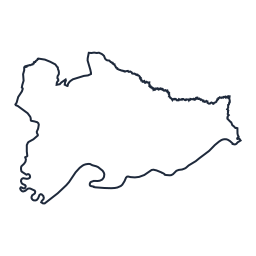 outline of Mueang Ubon Ratchathani, Ubon Ratchathani, Thailand
{"feature_id": "78962969B98641080977503", "entity_name": "Mueang Ubon Ratchathani", "entity_type": "district", "adm_level": 2, "iso_a3": "THA", "parent_name": "Thailand", "parent_adm1": "Ubon Ratchathani", "projection": "albers", "projection_center": [104.866, 15.298], "detail": "fine", "context": "isolated", "style": "outline", "palette": "slate", "viewbox_px": 256, "rotation_deg": 0, "n_neighbors": 0, "source": "geoboundaries", "source_scale": "gbopen_adm2", "svg_char_len": 5671}
<svg xmlns="http://www.w3.org/2000/svg" viewBox="0 0 256 256"><path d="M182.3,99.0L181.9,99.7L181.4,99.3L180.1,99.8L178.9,99.1L178.4,99.8L178.4,100.3L176.9,100.3L176.2,99.3L175.7,99.4L175.3,98.9L174.4,98.9L174.3,99.4L172.7,99.5L172.4,100.0L172.2,99.6L172.4,99.1L171.7,99.1L171.4,98.5L171.0,98.3L170.7,97.9L170.3,97.9L169.6,96.5L169.1,96.4L169.3,96.0L169.2,94.4L168.9,94.4L168.7,94.0L168.5,93.0L168.7,92.8L169.0,93.0L169.1,92.8L168.4,92.1L167.5,92.2L167.2,91.6L167.5,90.8L167.4,90.5L166.5,90.9L165.6,90.1L165.1,90.2L165.1,90.7L164.0,90.7L162.8,89.9L162.8,89.1L162.0,88.7L161.4,89.2L160.6,88.4L159.9,88.8L159.9,89.2L159.4,89.3L159.0,88.8L158.7,89.0L158.4,88.9L158.2,89.3L158.0,89.1L158.1,88.7L157.8,88.4L157.4,88.9L156.1,88.4L155.7,89.3L154.8,89.9L154.2,89.8L154.1,89.2L153.5,89.7L153.4,89.0L153.0,88.8L153.4,88.4L153.1,88.1L152.4,87.6L151.9,87.7L151.7,87.4L151.3,87.6L150.7,87.3L150.7,86.9L150.3,87.1L149.9,86.6L150.5,86.5L149.9,85.7L149.4,85.7L149.7,84.8L149.2,84.1L149.3,82.4L147.7,82.6L146.7,81.8L145.6,82.8L145.1,82.8L145.0,82.0L144.4,81.1L143.9,81.6L143.4,81.2L143.0,81.3L142.9,81.8L142.6,81.8L142.5,81.3L141.8,80.6L141.2,80.5L141.3,79.4L140.4,78.9L140.7,78.0L139.9,77.8L140.0,77.0L139.6,76.7L139.3,76.0L137.9,75.1L137.6,75.2L137.4,74.6L136.7,74.6L136.5,74.9L135.9,74.7L135.6,74.1L135.1,74.1L134.6,73.6L133.0,73.7L132.1,73.4L131.8,72.5L130.3,71.5L129.6,71.6L129.4,71.8L128.5,71.8L127.9,70.9L125.4,71.3L125.0,71.6L124.5,71.2L124.2,71.3L123.7,70.9L123.2,71.1L122.4,70.6L121.3,70.6L120.7,70.1L119.2,69.8L118.7,69.4L117.4,69.0L117.3,68.2L115.9,67.5L115.7,66.7L114.6,65.1L114.5,64.3L113.6,64.2L112.8,63.0L112.4,63.3L111.5,62.2L110.7,62.1L109.4,60.6L107.1,60.3L106.2,59.8L105.1,58.7L104.0,55.9L103.3,55.2L101.8,54.0L98.9,52.7L96.8,53.0L94.1,52.6L91.4,53.0L88.8,52.8L87.7,58.2L87.6,60.5L90.3,69.7L91.0,72.9L91.0,74.0L88.0,75.4L83.9,75.9L72.9,79.3L70.4,81.0L69.3,82.1L68.1,83.8L67.6,85.9L67.3,86.0L64.7,84.7L65.1,82.3L65.9,80.5L65.6,79.5L61.3,82.5L59.8,84.2L56.6,84.8L56.8,82.9L57.4,81.5L58.3,80.7L58.2,79.2L57.5,78.4L57.4,77.9L57.6,76.2L58.8,74.2L58.9,72.4L58.7,70.9L57.9,68.9L57.8,67.4L57.3,67.1L55.3,64.4L50.3,61.8L44.9,59.6L38.5,58.6L38.3,59.0L37.7,58.9L37.2,60.0L35.9,60.9L35.3,62.0L34.3,61.9L33.9,62.2L33.9,63.3L33.7,63.6L33.2,63.6L32.6,64.5L31.9,64.4L30.5,65.2L29.3,65.1L28.6,65.6L28.0,65.5L27.4,65.9L27.0,65.8L26.4,66.0L26.5,66.8L25.2,67.1L24.9,66.6L24.2,67.3L24.2,70.3L23.1,74.2L23.6,80.7L22.3,84.9L21.8,87.5L22.7,88.4L22.7,89.0L21.9,91.4L18.2,97.0L16.6,102.7L15.4,104.4L15.8,105.2L17.8,106.0L27.6,113.2L30.2,116.7L30.7,118.2L30.8,120.2L31.2,120.8L34.4,121.4L37.2,122.2L38.3,123.2L38.8,124.7L38.1,128.7L36.8,131.6L36.9,132.9L37.8,134.7L37.8,135.5L33.4,139.3L28.5,142.0L27.9,142.7L26.8,145.1L26.8,151.4L27.3,155.9L26.9,156.4L25.2,157.3L25.9,159.4L25.5,161.6L24.2,163.6L21.4,166.3L21.1,167.2L21.0,169.1L21.4,171.2L21.8,171.7L26.4,174.7L28.0,174.1L28.8,174.3L29.8,175.3L30.1,177.0L29.5,178.0L28.0,178.7L26.6,178.8L23.3,178.2L22.4,178.5L21.5,179.3L21.1,180.2L21.0,181.4L21.7,183.1L22.3,183.8L25.2,185.2L25.6,185.8L25.7,186.4L25.1,187.9L24.2,188.4L23.2,188.3L21.4,187.3L20.8,187.3L20.2,188.4L20.6,189.7L21.8,191.0L22.7,191.4L23.6,191.4L25.4,190.7L27.6,188.8L29.1,188.4L30.4,188.6L34.7,190.6L35.2,191.6L35.0,193.1L34.4,193.8L32.2,195.3L31.5,197.1L31.6,198.2L32.0,199.0L32.8,199.9L33.9,200.4L35.7,200.4L36.7,200.0L38.1,198.4L39.5,194.9L40.6,194.2L41.7,194.4L43.3,196.0L43.8,197.8L43.5,199.1L41.7,201.1L41.2,202.3L43.0,203.4L44.7,203.4L57.7,193.3L66.3,185.2L69.0,182.1L75.6,172.3L79.7,167.8L82.6,165.6L83.9,164.9L85.7,164.3L88.3,163.9L90.0,164.0L92.3,165.2L96.3,166.3L98.1,167.1L102.6,170.7L103.8,172.6L104.3,174.2L104.0,176.9L103.1,178.5L102.0,179.7L99.8,180.7L97.7,181.0L93.8,180.9L91.0,181.9L90.3,182.5L89.8,183.8L89.8,185.0L90.2,185.7L91.0,186.1L93.7,186.6L93.8,187.0L95.1,187.3L104.4,188.0L111.2,188.2L114.8,188.0L117.4,187.5L120.8,186.0L122.3,184.7L124.5,181.2L126.0,177.7L127.0,176.7L128.0,176.5L130.6,177.1L134.9,177.4L139.1,176.9L144.3,175.0L151.6,170.0L153.4,169.7L156.5,170.4L161.4,172.4L161.9,172.8L162.3,172.8L164.4,174.0L164.7,174.7L165.9,175.0L169.8,175.3L171.3,175.1L173.0,174.2L176.4,170.8L178.8,169.9L182.1,169.5L184.8,168.5L186.1,167.7L188.7,165.4L195.7,161.2L199.4,158.2L209.1,150.9L214.9,145.0L219.0,141.6L221.5,140.0L223.2,139.4L224.8,139.2L226.5,139.3L227.9,139.8L230.0,141.1L231.9,142.8L232.8,143.6L232.7,144.0L234.4,144.4L235.4,144.3L236.4,143.8L237.6,142.4L240.6,140.5L239.3,138.6L237.5,139.0L237.2,138.8L237.2,138.3L238.6,136.6L237.9,135.3L237.5,133.6L237.4,128.2L236.6,127.9L235.4,128.0L233.6,126.1L232.4,125.3L231.2,122.3L230.5,121.9L227.4,118.7L227.7,117.9L227.4,117.4L227.8,116.2L228.8,115.1L227.7,114.0L228.1,112.1L227.9,111.3L228.3,110.6L227.8,109.6L227.2,109.3L228.2,107.7L228.1,104.9L228.9,104.5L229.2,102.5L229.7,102.4L229.8,101.0L229.3,98.4L229.6,96.3L228.6,96.2L228.6,96.9L228.2,97.9L227.5,97.5L227.1,96.9L226.7,97.2L225.6,96.5L225.0,96.7L225.1,97.3L224.6,97.0L223.4,96.9L223.1,97.7L221.4,97.5L221.1,97.9L219.7,97.3L219.1,98.0L218.4,98.1L218.2,99.2L217.3,99.3L217.2,100.3L216.7,100.7L216.3,101.8L215.6,102.3L214.2,102.8L213.5,103.8L213.1,103.8L212.7,103.1L211.4,102.5L210.5,103.0L210.3,103.4L209.0,103.7L207.5,102.8L207.4,101.4L206.5,101.4L206.2,101.0L205.1,101.9L204.4,101.9L203.6,100.6L203.3,100.8L203.5,101.3L203.1,101.4L202.3,100.3L201.4,99.5L201.0,99.4L200.5,99.8L199.8,98.9L199.4,98.6L198.8,99.0L198.1,99.0L197.5,98.6L197.5,98.0L197.0,98.1L196.9,97.6L196.1,97.8L196.0,99.0L194.8,99.8L194.2,99.7L194.1,98.8L193.8,98.7L192.3,99.3L190.4,98.9L190.2,99.8L189.8,99.9L189.1,99.6L188.8,100.3L188.4,99.6L186.1,99.3L185.9,99.5L186.0,100.0L185.7,100.2L184.8,100.0L183.3,99.0L182.3,99.0Z" fill="none" stroke="#1e293b" stroke-width="2"/></svg>